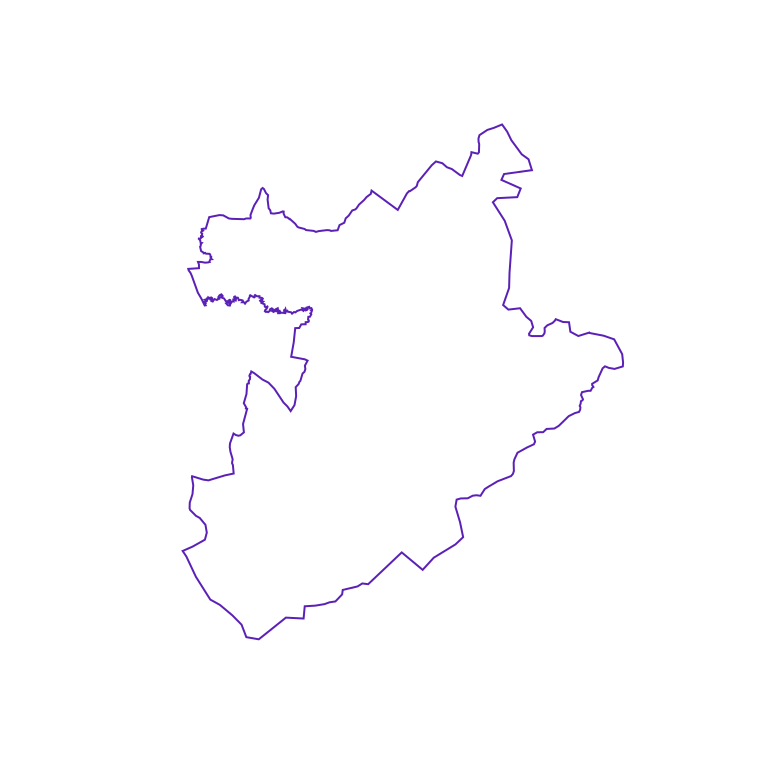 outline of Sabon Gari, Kaduna, Nigeria, rotated 288°
{"feature_id": "59680162B7149387462115", "entity_name": "Sabon Gari", "entity_type": "district", "adm_level": 2, "iso_a3": "NGA", "parent_name": "Nigeria", "parent_adm1": "Kaduna", "projection": "mercator", "projection_center": [7.722, 11.165], "detail": "fine", "context": "isolated", "style": "outline", "palette": "violet", "viewbox_px": 768, "rotation_deg": 288, "n_neighbors": 0, "source": "geoboundaries", "source_scale": "gbopen_adm2", "svg_char_len": 6166}
<svg xmlns="http://www.w3.org/2000/svg" viewBox="0 0 768 768"><g transform="rotate(288 384 384)"><path d="M163.0,244.1L158.8,249.4L142.5,264.7L125.3,285.4L123.2,296.2L117.1,311.3L111.1,322.9L100.7,331.3L102.5,343.8L131.5,362.9L136.1,380.0L148.1,377.3L152.0,387.2L156.3,395.5L159.5,399.6L162.2,405.0L171.0,409.2L175.4,408.4L183.3,421.4L187.6,425.0L188.7,430.8L229.3,452.9L219.2,478.2L234.2,485.0L253.5,501.5L262.8,506.6L276.1,499.0L289.4,489.8L296.5,488.8L298.9,492.4L301.2,499.0L305.2,502.9L306.8,506.4L307.5,510.3L315.2,512.3L319.0,515.4L326.6,522.1L335.7,533.3L338.4,534.4L341.4,534.4L349.3,531.6L352.6,531.3L359.9,532.2L368.0,539.8L373.0,545.2L375.9,545.5L381.9,541.4L385.4,544.6L387.4,550.3L391.5,552.5L394.3,559.8L398.3,563.2L410.5,569.6L415.3,574.5L417.7,578.1L420.2,578.5L422.6,578.0L423.6,576.9L426.0,577.1L428.5,576.6L429.8,577.8L430.9,578.0L434.4,574.8L437.4,574.8L440.7,580.4L441.4,582.6L444.6,583.2L445.9,584.1L447.3,582.3L448.5,581.9L453.4,586.1L456.8,586.0L466.5,587.1L469.1,588.7L468.8,592.9L469.6,598.6L474.5,605.7L478.2,604.8L486.0,601.3L497.6,589.1L497.8,577.9L496.0,563.5L496.3,563.3L489.7,554.0L491.3,545.1L499.9,540.9L498.3,535.1L498.7,527.3L496.9,526.9L494.1,525.4L490.3,521.2L486.9,519.4L483.4,520.7L481.6,520.9L478.9,520.0L478.2,518.9L475.3,509.8L475.2,507.1L476.6,506.4L484.0,508.3L489.5,504.5L491.9,498.6L498.1,490.0L493.2,479.3L495.9,472.9L514.0,473.3L528.6,469.0L560.1,461.2L576.5,448.4L590.5,431.4L595.7,434.2L602.9,453.0L612.2,453.6L614.4,432.6L620.8,433.3L633.1,458.6L642.4,452.0L645.0,444.0L655.2,429.8L662.1,423.1L667.3,416.1L661.6,409.4L657.6,403.8L650.2,397.9L646.6,398.0L643.4,399.2L641.6,400.4L633.7,402.7L632.0,402.0L631.5,395.5L628.7,396.1L606.0,394.1L606.2,391.7L609.4,382.1L609.6,376.8L612.0,371.3L611.7,364.6L606.8,361.8L586.4,353.8L582.6,354.0L580.9,353.3L575.3,349.0L575.3,348.3L572.3,346.9L553.8,343.3L564.1,312.4L560.7,312.7L556.5,309.7L552.8,308.2L546.9,304.8L542.4,303.5L541.0,302.6L539.3,300.2L533.2,298.4L529.7,296.4L525.1,296.4L521.4,292.6L515.9,292.4L513.2,286.3L513.4,284.8L512.7,282.1L509.3,274.8L507.6,272.2L507.9,269.9L506.3,262.3L506.9,260.5L506.5,254.3L506.8,253.0L509.0,250.0L511.9,243.4L511.6,243.2L512.6,240.6L512.1,238.6L515.1,235.8L517.0,235.3L516.9,234.4L514.5,231.6L512.0,226.6L511.4,223.7L514.1,222.1L515.5,220.0L523.4,216.3L527.8,215.4L529.0,212.9L532.3,209.6L532.9,208.0L531.2,207.0L522.5,207.5L513.8,205.4L509.8,205.1L503.5,204.8L500.9,205.9L500.1,205.7L498.8,201.7L497.5,200.0L494.1,188.4L493.5,185.4L494.7,179.0L493.8,175.3L488.7,166.2L476.7,166.5L476.0,164.4L475.0,162.8L474.4,163.1L473.9,164.5L472.6,163.3L471.4,163.3L470.7,164.7L469.2,164.7L468.2,166.1L467.6,165.7L467.7,164.4L466.2,164.8L465.0,164.1L465.2,163.1L464.8,163.0L463.8,164.8L461.4,166.1L461.7,167.1L460.2,166.6L458.8,167.0L457.7,166.7L453.9,169.0L453.2,171.8L452.6,172.1L453.4,173.4L453.0,173.8L453.1,175.0L453.9,177.9L452.9,179.1L451.2,179.8L451.4,180.4L449.9,180.8L449.5,181.6L449.0,180.3L446.3,180.1L446.1,180.4L445.2,179.0L444.1,176.3L443.6,172.5L442.6,169.4L440.6,171.0L437.0,172.3L433.0,162.3L431.7,163.1L430.0,165.5L427.6,167.7L413.4,178.7L408.5,184.2L403.3,189.2L403.7,190.0L404.4,189.1L405.5,189.6L406.0,189.3L406.1,188.0L406.8,187.9L408.2,189.9L408.8,189.8L408.9,187.8L409.9,189.1L410.8,189.3L410.7,190.0L409.9,190.5L412.1,190.1L411.8,191.4L410.7,192.7L411.5,193.5L412.4,192.2L412.9,192.9L412.6,194.0L410.9,194.5L409.6,194.3L409.5,195.6L412.4,196.5L412.3,199.1L412.9,199.7L414.4,199.9L414.0,200.7L414.2,201.1L414.9,200.9L415.1,199.8L415.6,199.6L417.6,200.2L419.0,201.6L418.0,203.3L417.5,203.4L417.0,203.2L417.0,202.3L416.1,202.0L415.9,205.5L414.0,207.8L414.1,209.5L412.8,209.6L412.0,208.8L410.6,211.2L410.9,212.8L411.0,213.2L411.8,213.1L412.9,212.2L413.2,211.1L414.1,211.6L414.4,210.4L415.1,210.2L416.3,211.1L416.3,211.8L413.8,213.5L415.2,213.9L416.0,214.8L416.0,215.4L417.5,214.7L417.5,217.2L418.9,217.0L419.6,214.9L420.6,214.6L421.2,215.2L420.4,216.1L420.9,218.4L418.9,220.0L419.6,221.2L419.8,223.8L419.2,224.3L417.9,223.8L418.4,225.6L417.5,227.0L419.8,227.7L421.6,229.5L422.9,228.9L425.4,229.4L426.8,229.1L427.1,229.4L426.2,233.7L426.8,234.2L428.3,233.6L428.8,233.9L428.2,236.1L429.0,238.4L427.6,238.9L428.2,241.1L427.8,242.3L425.6,242.2L426.0,241.0L424.9,240.4L424.5,241.1L424.9,243.5L423.9,242.9L424.1,242.2L423.2,242.3L422.9,245.8L420.8,246.7L420.5,247.4L420.6,248.1L421.7,249.1L421.4,249.4L419.3,249.1L417.8,248.2L416.4,248.2L416.0,249.5L416.7,250.3L416.5,251.6L418.5,253.0L418.9,252.5L420.0,252.6L421.3,253.9L420.4,256.2L419.8,255.9L419.5,254.8L418.9,254.8L418.4,256.7L420.3,258.2L421.5,257.8L423.2,259.5L421.9,260.2L420.9,259.8L420.5,258.7L419.9,259.2L421.2,261.5L421.4,262.1L420.9,262.6L419.8,262.4L419.9,261.4L419.5,261.1L418.6,261.4L419.3,263.4L420.2,264.4L420.9,268.3L422.3,268.3L422.9,267.1L422.4,266.7L422.7,266.3L423.4,266.2L423.9,267.0L424.8,267.1L423.7,267.8L423.3,269.0L423.8,269.5L423.0,270.3L423.5,273.5L422.5,274.8L424.7,276.2L424.7,277.6L426.5,278.7L429.3,282.4L428.7,284.7L429.6,284.7L430.9,283.2L431.2,285.6L429.9,286.2L429.7,286.7L430.8,288.0L431.8,288.3L432.2,288.0L431.8,286.9L432.6,286.6L434.3,289.0L433.0,290.2L433.7,291.5L432.5,292.6L431.6,292.1L431.6,292.8L428.7,292.7L428.4,292.3L427.8,293.3L425.1,292.8L424.5,291.3L421.7,291.9L421.3,292.8L420.2,293.1L419.4,292.5L418.6,290.4L416.6,291.0L415.2,286.9L411.1,286.1L409.7,282.3L395.6,285.3L381.2,287.3L383.0,301.1L382.6,304.1L377.0,303.1L373.9,304.6L371.0,304.6L368.8,303.3L361.2,303.5L359.9,302.9L357.6,302.8L353.7,301.0L345.3,304.2L336.3,305.4L329.4,303.6L332.8,299.1L335.3,294.2L345.6,281.2L349.6,273.7L350.7,267.0L354.2,257.2L354.9,253.9L352.4,254.0L352.2,253.6L350.4,253.4L349.6,253.8L349.6,254.4L347.1,255.0L345.2,254.4L342.8,255.3L342.4,254.4L341.5,253.9L332.0,256.3L322.4,256.6L319.1,260.2L318.1,260.2L318.1,261.5L302.4,262.3L294.7,265.7L290.8,263.2L289.8,261.5L289.7,258.8L290.4,256.2L279.9,255.9L276.3,256.8L272.1,258.9L265.7,263.3L261.8,263.9L260.3,265.3L252.4,268.7L247.9,260.9L238.1,246.8L237.2,241.6L237.0,230.0L236.0,230.1L228.7,233.9L220.1,235.9L211.3,235.9L205.7,237.5L204.3,238.5L200.5,245.9L199.7,250.1L194.9,257.7L187.9,261.4L180.6,261.8L170.2,252.2L163.0,244.1Z" fill="none" stroke="#5b21b6" stroke-width="2"/></g></svg>